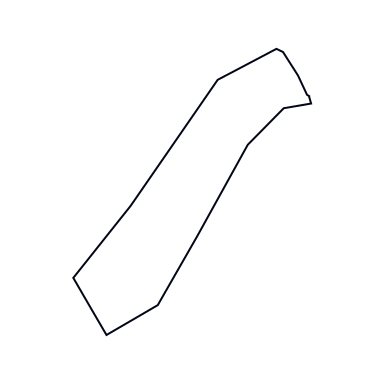 the district of Plat Pays, Soufrière, Saint Lucia, rotated 9°
{"feature_id": "8701671B5455309404848", "entity_name": "Plat Pays", "entity_type": "district", "adm_level": 2, "iso_a3": "LCA", "parent_name": "Saint Lucia", "parent_adm1": "Soufrière", "projection": "equal_earth", "projection_center": [-61.054, 13.841], "detail": "fine", "context": "isolated", "style": "outline", "palette": "ink", "viewbox_px": 384, "rotation_deg": 9, "n_neighbors": 0, "source": "geoboundaries", "source_scale": "gbopen_adm2", "svg_char_len": 381}
<svg xmlns="http://www.w3.org/2000/svg" viewBox="0 0 384 384"><g transform="rotate(9 192 192)"><path d="M292.8,79.0L290.4,78.0L278.5,60.4L260.0,39.5L253.0,37.4L199.8,77.2L133.6,215.2L88.2,295.4L111.2,323.7L129.9,346.6L175.5,309.4L175.9,309.1L178.4,302.4L203.9,235.3L239.7,136.6L269.5,94.9L295.8,86.0L292.8,79.6L292.8,79.0Z" fill="none" stroke="#020617" stroke-width="2"/></g></svg>